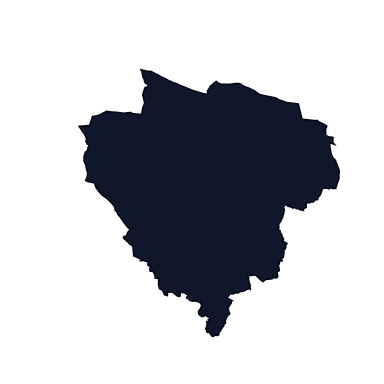 outline of Lier nor, Buskerud, Norway, rotated 24°
{"feature_id": "86288312B74882659121257", "entity_name": "Lier nor", "entity_type": "district", "adm_level": 2, "iso_a3": "NOR", "parent_name": "Norway", "parent_adm1": "Buskerud", "projection": "equal_earth", "projection_center": [10.309, 59.848], "detail": "fine", "context": "isolated", "style": "filled", "palette": "ink", "viewbox_px": 384, "rotation_deg": 24, "n_neighbors": 0, "source": "geoboundaries", "source_scale": "gbopen_adm2", "svg_char_len": 6045}
<svg xmlns="http://www.w3.org/2000/svg" viewBox="0 0 384 384"><g transform="rotate(24 192 192)"><path d="M62.1,177.9L68.3,181.8L69.8,182.5L72.4,184.7L72.5,185.2L73.9,185.6L74.5,189.0L76.5,190.3L76.7,190.8L77.3,190.7L79.3,191.2L78.8,193.6L79.4,195.5L79.3,197.5L78.3,199.1L78.8,201.1L78.7,202.8L78.9,203.6L80.0,205.8L80.5,207.4L84.0,210.5L86.1,213.7L89.1,217.3L90.1,220.8L90.2,224.8L92.7,224.8L99.1,223.4L102.9,227.3L106.7,229.4L111.1,231.3L117.5,232.7L123.1,234.8L126.8,236.6L128.2,238.2L129.3,240.1L130.0,240.0L132.5,241.5L132.9,242.4L136.3,243.9L143.4,248.2L148.5,250.7L150.5,251.2L150.6,252.2L149.7,255.1L149.9,256.6L149.8,258.9L148.6,260.1L147.6,260.6L148.5,262.2L151.9,263.0L152.1,263.5L153.9,263.6L154.9,264.5L159.9,265.5L164.5,273.5L164.6,274.1L172.3,274.0L173.4,273.8L172.6,275.1L172.6,275.7L175.7,274.3L180.4,273.7L181.4,276.6L181.8,276.9L184.3,276.8L184.8,279.8L186.0,281.4L188.2,280.5L189.8,281.0L191.8,283.1L193.1,284.9L193.3,285.6L196.5,284.7L197.1,285.2L197.2,285.9L199.6,291.1L200.8,292.3L201.1,293.0L201.4,292.9L202.4,293.8L203.5,293.2L206.0,294.5L208.7,297.1L211.6,296.7L211.0,294.7L209.2,294.7L210.4,294.2L210.1,293.6L214.3,291.6L216.1,291.7L220.9,293.0L223.3,292.3L222.3,288.5L224.3,287.6L226.4,287.2L227.2,287.4L230.4,287.6L230.2,288.0L230.3,288.4L230.2,289.6L230.4,289.7L229.9,290.4L230.2,291.1L232.5,291.0L233.0,291.6L234.2,291.9L236.5,291.7L238.2,290.9L238.0,290.4L239.0,290.1L239.2,290.3L240.2,290.2L240.7,290.1L240.7,289.7L244.0,289.9L244.3,289.7L244.3,289.0L244.7,289.2L244.8,289.9L245.4,290.3L246.3,290.2L246.1,290.8L246.3,291.3L246.9,291.6L247.5,292.7L246.9,293.7L247.3,295.1L246.7,296.4L246.7,298.0L247.2,298.1L247.2,298.4L246.7,298.3L246.7,298.7L247.2,298.7L247.2,299.9L247.5,300.4L248.7,301.2L251.4,301.8L252.9,301.2L253.3,300.7L252.7,300.3L253.5,299.5L255.5,299.2L256.5,299.7L257.8,299.4L259.2,299.8L259.7,299.7L260.2,300.0L260.4,300.5L260.1,301.1L259.1,301.5L258.7,301.9L258.7,302.3L259.8,303.0L259.9,303.8L258.6,304.6L258.2,304.6L258.3,305.0L258.8,305.3L259.3,306.1L260.0,306.4L260.2,306.7L259.7,306.8L259.6,307.2L259.9,307.5L259.7,308.1L260.2,308.9L260.1,309.6L260.4,309.8L260.0,311.0L260.3,311.8L261.3,312.0L262.3,313.7L263.7,314.0L265.5,312.8L266.5,312.8L266.3,314.2L266.9,314.6L267.9,314.6L268.6,315.3L268.2,315.7L269.2,315.4L268.8,315.3L269.3,314.8L270.2,314.7L270.6,314.4L270.9,313.6L272.3,313.2L272.1,313.0L272.3,312.9L273.1,312.8L273.9,312.2L273.8,311.8L274.5,311.6L273.9,310.3L273.8,309.6L273.5,309.5L274.1,308.7L275.0,302.7L275.5,301.4L275.4,300.8L274.9,300.4L274.8,299.6L275.9,298.5L275.3,297.5L275.5,297.3L275.3,296.6L274.6,296.1L274.7,295.8L274.2,295.2L274.5,294.2L274.3,293.9L274.8,293.7L274.7,290.9L276.0,288.1L275.5,287.2L274.4,286.5L273.0,284.3L271.9,283.9L271.1,283.2L272.4,282.6L272.2,281.7L273.0,277.5L272.4,275.4L272.9,274.9L268.5,274.6L266.8,274.8L267.9,271.5L267.4,269.9L270.8,268.5L272.3,267.1L272.5,266.1L274.9,265.7L277.2,262.7L278.7,262.3L280.9,259.9L281.7,258.5L283.8,257.0L284.8,257.2L284.6,256.6L283.9,256.4L284.2,256.1L283.6,255.1L283.5,254.1L282.8,253.8L282.7,253.1L282.0,252.6L281.7,251.9L280.8,251.1L279.7,249.6L278.6,247.8L278.5,246.7L276.8,245.4L280.2,244.2L281.3,243.3L284.1,242.0L290.8,244.5L293.4,245.0L294.7,242.1L298.3,240.1L298.7,239.6L300.3,238.9L301.1,237.5L302.5,236.6L303.0,236.7L303.4,236.1L304.0,235.9L304.0,235.4L304.6,235.3L304.8,235.1L304.4,234.6L304.2,233.8L304.4,233.3L303.4,232.7L303.0,231.4L302.0,230.3L303.6,228.7L303.6,227.9L300.8,223.9L300.9,221.7L300.4,220.5L300.5,219.5L301.2,218.8L302.3,218.4L302.3,217.7L301.1,217.8L300.1,217.4L300.1,216.7L301.1,216.1L301.0,215.9L301.9,214.8L301.9,214.3L301.8,213.3L301.4,212.9L301.1,212.0L301.0,210.6L300.0,208.9L300.0,207.5L300.2,206.8L300.0,206.1L300.4,204.8L299.5,203.6L299.5,202.0L299.8,200.6L299.4,200.2L298.3,200.4L296.9,200.0L295.7,200.1L294.8,200.6L295.2,200.1L294.9,199.3L295.0,198.5L294.7,198.3L294.5,197.3L292.9,196.8L292.9,196.2L291.5,194.9L291.2,194.3L290.4,194.4L290.0,193.6L288.8,193.5L288.3,191.5L286.7,191.7L286.5,191.1L285.9,191.7L285.7,189.0L284.6,186.8L284.2,184.9L285.1,182.8L284.6,182.4L285.0,180.4L285.0,177.8L284.6,176.4L284.8,175.5L283.9,172.3L284.0,171.6L283.2,170.1L282.1,169.4L282.0,167.6L281.7,166.7L282.0,166.1L283.1,165.8L283.8,165.2L284.7,165.4L285.2,166.0L288.0,165.6L288.8,165.0L289.5,165.6L290.8,165.7L291.0,165.2L292.4,164.4L294.6,164.7L295.5,164.1L299.0,164.2L300.6,163.4L301.2,163.5L301.0,163.2L300.7,162.7L301.0,162.0L300.6,161.5L301.6,160.9L302.7,159.4L301.5,158.1L301.6,156.7L301.1,155.8L301.7,154.9L301.4,154.5L303.6,154.3L304.8,152.7L306.7,152.0L307.1,150.5L307.4,150.4L307.4,149.7L308.0,148.8L309.6,148.2L309.8,147.1L309.5,146.7L309.4,145.9L310.4,141.9L310.2,139.6L309.7,138.8L310.0,138.4L309.8,138.0L310.0,137.6L309.6,136.8L309.9,136.3L309.5,135.9L310.0,135.4L313.6,133.6L316.1,133.4L316.8,131.7L319.6,131.5L321.9,130.2L321.5,129.3L321.5,127.2L321.1,125.7L321.2,124.5L320.7,119.5L318.9,116.0L318.8,114.6L317.4,112.1L310.0,104.6L308.9,104.2L308.5,104.3L306.5,103.1L303.6,100.6L299.5,94.4L297.8,91.3L298.0,91.0L302.8,90.6L300.1,89.2L300.0,88.0L298.9,86.0L299.1,85.1L298.1,84.8L294.8,86.0L291.0,85.8L288.4,79.8L288.4,77.0L284.6,76.4L279.1,76.3L277.3,75.6L275.4,76.7L262.9,80.7L253.3,68.3L241.5,71.9L238.2,71.9L234.8,72.4L230.3,72.0L216.0,75.1L213.5,75.4L208.1,74.2L201.6,73.9L198.1,74.2L194.6,74.2L193.2,73.6L191.0,73.7L187.6,75.2L182.5,78.4L174.4,81.8L170.9,81.6L169.1,81.1L167.4,84.2L167.6,85.4L166.9,85.7L166.9,86.4L166.0,87.0L165.6,88.3L165.7,90.9L165.2,91.5L165.2,93.5L165.4,94.3L166.5,95.8L166.0,96.4L163.5,97.4L151.6,98.9L137.2,99.4L133.4,99.2L130.5,99.8L127.2,99.5L126.1,99.8L120.8,99.2L117.0,99.4L112.2,98.8L105.1,98.5L102.1,99.9L95.6,101.0L96.4,101.8L97.5,102.3L98.1,103.9L99.3,104.9L99.9,105.9L100.8,106.6L100.4,106.9L102.0,108.1L104.6,111.2L105.4,111.6L107.4,111.5L108.2,111.8L108.5,112.6L108.4,114.1L106.6,115.9L107.0,120.5L107.5,123.4L112.0,129.1L112.6,130.5L112.8,135.3L114.5,141.7L105.7,144.6L103.8,144.2L97.1,148.0L91.6,149.5L85.2,151.9L81.2,152.9L75.3,160.2L70.4,163.6L71.4,172.8L62.1,177.9Z" fill="#0f172a" stroke="#020617" stroke-width="1.5"/></g></svg>